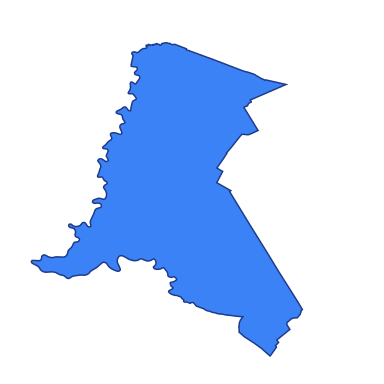 Hong Dan, Bạc Liêu, Vietnam, rotated 285°
{"feature_id": "81297802B80223312825495", "entity_name": "Hong Dan", "entity_type": "district", "adm_level": 2, "iso_a3": "VNM", "parent_name": "Vietnam", "parent_adm1": "Bạc Liêu", "projection": "robinson", "projection_center": [105.381, 9.509], "detail": "fine", "context": "isolated", "style": "filled", "palette": "blue", "viewbox_px": 384, "rotation_deg": 285, "n_neighbors": 0, "source": "geoboundaries", "source_scale": "gbopen_adm2", "svg_char_len": 5901}
<svg xmlns="http://www.w3.org/2000/svg" viewBox="0 0 384 384"><g transform="rotate(285 192 192)"><path d="M84.4,55.2L83.3,54.9L82.5,55.2L82.0,55.9L81.6,57.1L80.5,62.3L79.6,63.8L77.7,65.8L77.0,67.1L76.6,68.3L76.5,70.2L76.8,72.0L78.6,77.2L79.0,80.2L78.9,81.6L78.1,84.8L77.9,86.4L78.1,88.8L78.0,90.1L76.5,93.3L76.4,94.0L76.4,94.9L77.2,96.2L79.3,98.0L80.2,99.4L82.8,105.3L83.9,110.0L85.1,112.0L86.6,113.4L88.7,114.3L89.8,115.1L94.4,119.5L99.5,122.9L100.7,123.9L101.3,124.7L101.4,126.2L101.2,127.5L99.9,129.2L99.0,130.2L97.9,131.8L96.9,134.6L96.3,138.0L96.2,139.9L96.3,141.0L96.7,142.0L97.1,142.4L97.8,142.8L98.8,142.7L100.9,141.3L103.9,138.7L105.2,137.9L106.3,137.5L107.8,137.4L110.0,137.7L111.1,138.3L111.9,139.3L112.3,140.5L112.3,141.8L111.8,144.7L110.9,147.4L110.7,148.6L110.5,151.2L110.6,153.8L111.4,156.1L112.1,157.4L114.4,159.9L113.8,165.5L113.8,166.6L114.2,168.0L115.4,170.1L116.9,171.5L117.4,172.2L117.5,172.6L116.9,173.9L116.1,174.7L114.5,175.5L113.3,175.7L112.4,175.6L111.3,175.2L109.6,174.1L109.1,174.3L108.2,175.4L108.1,177.3L108.9,180.2L109.8,181.9L111.5,183.5L111.6,184.0L110.3,186.1L108.7,188.3L107.0,189.7L105.2,190.3L104.4,190.9L104.1,192.3L104.1,193.7L104.3,194.6L105.4,196.0L105.5,196.5L105.0,198.2L104.1,199.6L103.3,199.8L101.8,198.8L100.2,197.0L99.4,195.1L98.9,194.5L98.4,194.5L97.4,195.0L95.7,196.2L95.3,196.7L95.0,198.1L94.6,198.5L94.1,198.5L92.9,197.7L91.6,196.2L90.3,195.1L90.0,195.1L89.3,195.5L88.5,196.8L88.1,198.0L87.7,201.2L87.7,202.0L88.1,203.8L87.8,208.0L87.4,208.9L86.6,209.8L85.8,211.7L85.4,212.0L84.1,212.3L83.8,212.8L83.9,214.2L84.4,215.1L84.0,219.2L84.9,219.8L85.4,220.9L85.5,221.7L84.9,222.9L82.9,225.8L82.3,233.4L81.5,235.6L81.2,237.5L81.4,239.6L81.0,243.4L81.3,245.1L81.1,248.9L81.9,253.3L82.0,256.4L82.9,262.1L83.4,266.1L84.6,273.4L81.0,272.0L77.8,271.6L76.1,271.9L75.1,272.3L74.2,272.0L70.7,273.4L68.8,273.7L65.7,280.1L62.2,291.0L59.0,299.3L53.8,309.8L55.0,310.4L63.9,313.7L64.3,313.6L65.1,312.4L69.1,314.6L71.0,312.2L84.6,322.1L88.0,318.4L89.5,317.6L90.5,317.5L93.0,319.4L94.2,320.0L95.5,321.1L96.8,323.1L97.5,325.7L97.9,326.4L102.0,328.2L105.8,328.3L106.2,328.4L107.0,329.1L113.6,322.3L139.1,294.7L151.0,282.3L175.0,256.7L198.6,231.9L202.3,228.1L203.3,229.1L207.4,213.5L219.9,216.3L220.4,213.9L221.6,209.8L231.1,213.3L238.5,215.7L238.9,215.2L239.6,215.7L244.8,218.2L258.2,224.0L260.1,225.0L260.6,225.3L260.9,226.0L261.6,230.4L262.0,231.8L263.7,234.1L268.5,239.9L287.2,220.2L288.2,221.2L289.2,222.9L290.1,223.4L292.3,223.7L294.1,225.9L294.6,225.8L295.9,224.4L320.2,255.0L319.4,234.8L319.3,234.1L318.8,233.6L319.1,232.8L319.7,228.9L321.8,221.5L322.2,215.1L322.1,211.7L322.4,207.6L325.4,178.7L328.0,149.6L328.9,149.5L330.2,137.2L329.2,134.5L329.3,133.3L329.8,132.6L329.5,130.8L329.7,129.7L329.1,127.3L327.6,124.5L326.5,124.4L326.3,123.9L325.8,123.8L325.5,122.8L326.1,121.9L325.9,121.0L326.1,120.4L326.1,119.2L325.3,119.0L325.5,118.3L324.7,117.6L324.5,116.7L324.0,117.0L323.8,116.8L323.8,116.5L324.2,116.0L323.5,115.4L323.4,114.9L323.5,114.0L322.9,113.4L323.3,112.8L323.2,111.6L322.0,111.5L322.2,110.9L321.9,110.5L322.1,110.0L322.0,109.8L321.0,109.8L320.7,110.4L320.3,110.9L319.5,110.9L319.0,110.6L317.8,107.5L315.9,105.7L313.3,104.1L312.6,103.5L312.5,102.7L312.5,100.5L312.2,99.2L311.4,98.1L310.8,97.9L309.9,98.1L308.7,99.5L307.7,99.9L298.9,100.3L297.8,100.7L297.7,101.2L297.8,102.7L298.3,105.2L298.2,106.0L297.6,106.9L297.1,107.3L295.7,107.4L292.9,105.7L292.4,105.6L291.2,106.1L290.7,107.3L290.7,110.5L290.3,111.3L289.5,111.9L288.4,112.0L287.6,111.8L281.9,109.7L281.6,109.0L281.7,108.4L282.5,106.6L282.7,105.4L282.2,104.5L281.6,104.3L280.8,104.2L278.1,105.3L275.6,105.7L273.9,105.4L271.5,104.7L270.9,104.9L270.6,105.4L270.6,106.0L271.4,108.4L271.5,109.1L271.2,109.9L269.8,112.0L268.4,113.6L267.5,114.1L266.8,113.9L265.3,112.1L264.3,111.3L262.9,111.1L258.2,111.2L255.7,111.6L254.6,111.6L254.3,110.1L254.6,109.2L256.7,106.4L256.9,105.5L256.5,104.5L255.9,103.6L253.5,101.9L251.1,99.0L250.2,98.2L249.3,98.1L248.7,98.7L248.4,99.4L248.5,103.6L247.6,104.8L246.2,105.6L244.7,106.2L242.3,109.0L241.6,109.3L240.9,109.0L239.4,106.3L238.2,105.5L237.0,105.3L236.0,105.5L234.8,106.2L232.2,108.3L230.8,109.0L230.0,108.9L229.4,108.4L229.0,107.4L229.3,103.1L229.0,101.0L228.1,98.9L227.3,98.3L226.1,98.4L223.8,100.3L222.8,100.7L221.7,100.5L220.0,98.9L218.1,97.6L216.0,96.7L214.3,95.7L212.9,94.6L212.1,94.2L211.6,94.3L211.2,94.7L211.0,95.5L211.4,97.4L211.4,99.2L210.0,100.5L205.2,99.8L204.2,100.1L202.7,101.7L201.2,102.8L200.2,102.8L199.4,101.8L199.1,100.7L200.6,96.5L200.3,94.5L199.3,93.3L198.1,92.9L197.3,93.3L195.0,96.4L192.5,97.5L189.9,97.1L186.8,97.1L184.1,96.7L182.9,96.6L182.4,96.9L182.1,97.4L182.2,98.3L183.1,100.8L183.1,101.5L182.7,102.1L180.7,104.0L180.3,104.7L179.9,106.5L179.4,107.5L178.2,107.8L177.0,107.0L175.7,105.7L174.5,105.4L173.4,105.4L170.5,108.6L168.3,109.9L165.4,110.5L163.0,109.8L162.0,108.4L162.1,105.3L161.7,103.2L159.2,99.5L158.5,98.7L157.8,98.4L156.6,98.5L156.0,99.1L155.8,100.5L155.9,101.2L156.7,103.0L157.2,104.8L156.9,106.7L156.4,107.4L155.4,108.1L154.2,108.1L153.6,107.8L153.0,107.1L151.5,104.5L150.7,103.7L149.7,103.1L145.3,102.7L138.8,101.5L137.2,101.4L135.4,101.9L133.4,103.1L132.7,103.1L132.0,102.7L131.6,101.8L131.8,100.3L132.2,99.6L134.3,97.2L134.6,96.4L134.6,95.4L134.2,94.5L133.8,94.1L130.7,92.6L129.8,91.5L129.0,90.0L128.5,88.6L128.4,87.2L128.6,85.9L129.5,84.0L129.6,83.4L129.4,82.3L128.9,81.7L128.4,81.5L127.5,81.6L126.7,82.2L126.4,82.7L126.2,83.6L126.2,87.1L125.2,88.8L123.3,89.9L120.3,90.1L119.3,90.6L119.0,90.9L118.6,92.0L118.4,93.7L118.0,94.8L117.4,95.4L116.7,95.7L115.7,95.5L114.6,94.8L114.1,94.2L113.3,91.8L112.0,90.9L108.4,90.3L107.1,89.8L104.6,88.2L103.4,87.6L99.7,87.6L98.7,87.4L97.5,86.8L96.6,86.0L95.8,84.5L94.2,77.5L92.9,75.0L92.2,73.2L92.2,70.1L93.0,67.0L93.0,65.7L92.8,64.9L92.3,64.3L91.0,63.5L89.1,63.8L87.8,63.7L87.3,63.6L86.5,62.9L86.0,61.8L84.7,55.8L84.4,55.2Z" fill="#3b82f6" stroke="#1e3a8a" stroke-width="1.5"/></g></svg>